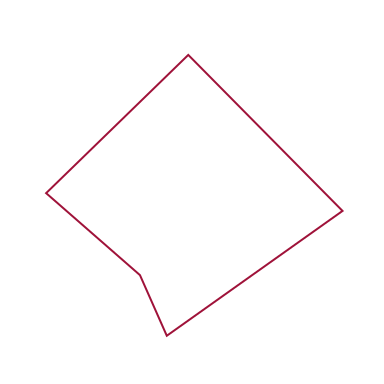 46, Ad Dawhah, Qatar, rotated 347°
{"feature_id": "91078587B47528801235686", "entity_name": "46", "entity_type": "district", "adm_level": 2, "iso_a3": "QAT", "parent_name": "Qatar", "parent_adm1": "Ad Dawhah", "projection": "equal_earth", "projection_center": [51.544, 25.231], "detail": "fine", "context": "isolated", "style": "outline", "palette": "rose", "viewbox_px": 384, "rotation_deg": 347, "n_neighbors": 0, "source": "geoboundaries", "source_scale": "gbopen_adm2", "svg_char_len": 257}
<svg xmlns="http://www.w3.org/2000/svg" viewBox="0 0 384 384"><g transform="rotate(347 192 192)"><path d="M219.2,57.6L218.7,57.9L218.2,58.2L49.6,160.3L122.6,261.3L135.1,326.4L334.4,244.3L219.2,57.6Z" fill="none" stroke="#9f1239" stroke-width="2"/></g></svg>